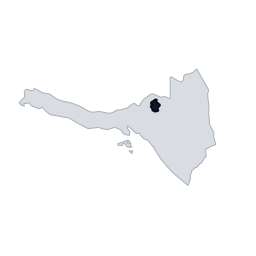 location of Areza, Debub, Eritrea, rotated 156°
{"feature_id": "51966322B88449484299376", "entity_name": "Areza", "entity_type": "district", "adm_level": 2, "iso_a3": "ERI", "parent_name": "Eritrea", "parent_adm1": "Debub", "projection": "orthographic", "projection_center": [38.502, 14.876], "detail": "fine", "context": "in_parent", "style": "filled", "palette": "ink", "viewbox_px": 256, "rotation_deg": 156, "n_neighbors": 0, "source": "geoboundaries", "source_scale": "gbopen_adm2", "svg_char_len": 4487}
<svg xmlns="http://www.w3.org/2000/svg" viewBox="0 0 256 256"><g transform="rotate(156 128 128)"><path d="M41.2,153.9L40.4,146.0L39.9,140.7L39.3,135.1L38.8,129.9L41.4,126.7L42.6,123.6L45.7,113.6L46.9,111.6L49.3,106.3L49.6,104.8L52.0,98.0L51.8,93.6L51.4,89.0L52.6,86.4L53.8,84.2L53.7,82.4L54.3,78.2L54.6,77.1L56.0,77.1L58.8,77.6L60.9,77.2L63.3,77.2L65.2,77.1L66.3,75.8L67.8,70.9L68.8,69.9L69.5,69.7L71.7,68.7L73.5,67.3L75.0,66.3L75.5,66.1L77.1,66.0L78.6,65.4L79.3,64.7L81.3,64.1L83.2,64.4L84.5,63.8L85.4,63.4L86.4,63.4L87.3,62.9L87.6,62.0L88.2,61.4L89.7,60.1L90.4,59.2L90.7,58.3L91.0,57.5L91.7,56.3L94.3,53.2L96.6,51.3L104.5,67.2L107.8,76.5L110.6,86.3L112.8,101.0L114.8,108.4L118.1,112.1L120.3,119.1L122.3,119.3L123.6,121.3L126.1,127.8L127.8,130.2L128.7,128.1L128.6,126.9L127.9,124.9L128.5,122.3L129.8,120.7L132.8,122.8L134.5,124.4L135.0,127.6L135.7,129.4L138.9,133.2L141.6,134.3L145.1,134.5L148.0,135.3L150.3,136.7L154.7,140.5L164.8,143.7L172.9,154.0L177.8,161.1L193.5,171.7L196.3,176.8L197.8,181.9L201.1,181.6L206.8,187.0L208.5,191.2L213.2,192.7L213.9,190.2L216.2,192.2L217.2,195.3L214.2,196.7L211.0,197.8L210.5,197.8L209.5,199.3L208.0,203.3L206.3,204.5L205.4,204.7L200.2,201.0L199.4,200.8L198.4,201.6L197.6,202.3L195.2,199.5L193.4,197.1L190.9,194.1L188.6,192.8L186.0,191.1L183.5,187.2L180.9,182.9L177.1,179.4L170.1,174.4L163.6,168.0L158.6,161.3L155.5,157.8L154.1,156.9L147.6,154.8L143.0,151.7L139.5,149.2L137.3,148.5L135.2,148.4L130.8,149.0L127.1,147.4L125.6,147.4L123.1,147.0L121.1,146.4L118.9,147.1L114.2,148.2L112.3,148.0L111.2,146.4L110.6,145.2L109.0,143.9L107.6,143.9L106.9,145.1L102.0,147.9L93.8,149.5L91.9,149.4L90.5,148.3L86.3,143.4L85.2,142.6L84.2,142.5L82.3,141.9L80.5,140.9L79.0,138.9L77.4,137.8L75.7,141.7L72.7,148.6L71.1,152.3L69.0,157.0L68.4,157.2L67.3,156.8L63.3,150.9L60.7,148.6L58.8,148.8L57.4,149.9L56.5,151.9L55.5,153.1L54.5,153.6L52.3,153.3L48.9,152.4L45.3,152.5L41.7,153.9L41.2,153.9ZM137.1,114.5L138.2,115.9L138.9,115.8L139.5,115.3L140.0,114.3L144.1,116.3L143.9,117.6L141.4,117.7L138.5,117.2L135.9,117.4L132.7,116.8L132.0,114.5L134.0,115.6L135.0,115.3L135.2,115.0L133.8,113.5L131.8,113.2L131.9,112.0L132.8,111.5L133.3,110.9L132.2,109.2L134.4,109.6L135.9,110.6L136.8,111.8L137.1,114.5ZM135.3,103.9L136.2,106.5L133.6,105.6L133.2,105.0L134.3,104.0L134.5,103.3L135.3,103.9Z" fill="#d9dde1" stroke="#a8b0b8" stroke-width="1"/><path d="M98.6,134.0L98.5,133.9L98.4,133.8L98.4,133.7L98.2,133.7L97.9,133.6L97.8,133.4L97.7,133.4L97.5,133.2L97.4,133.0L97.3,132.9L97.2,132.9L97.2,132.7L96.9,132.6L96.8,132.4L96.7,132.3L96.7,132.2L96.6,132.3L96.5,132.2L96.3,132.2L96.2,132.1L96.0,131.9L95.9,131.8L95.6,131.7L95.4,131.7L95.2,131.4L94.9,131.3L94.7,131.3L94.4,131.4L94.2,131.4L93.9,131.3L93.7,131.4L93.3,131.4L93.2,131.4L93.1,131.5L92.9,131.5L92.7,131.6L92.8,131.6L93.0,131.7L93.1,131.8L93.0,132.0L92.9,132.1L92.9,132.3L93.0,132.5L93.0,132.8L93.0,133.1L93.0,133.3L92.9,133.4L92.9,133.5L93.0,133.7L93.0,133.8L93.0,134.0L92.9,134.1L92.7,134.2L92.6,134.3L92.3,134.3L92.2,134.4L91.9,134.4L91.9,134.5L91.7,134.5L91.4,134.6L91.2,134.9L91.1,135.0L90.9,135.1L90.8,135.3L90.7,135.3L90.6,135.2L90.4,135.2L90.4,135.3L90.2,135.3L90.2,135.5L89.9,135.6L89.9,135.8L89.7,135.9L89.4,135.9L89.3,136.6L89.7,137.2L90.0,137.7L90.1,138.0L90.1,138.4L90.3,138.4L90.4,138.5L90.5,138.6L90.7,138.8L90.8,138.8L91.0,139.0L91.3,139.0L91.5,139.1L91.6,139.3L91.4,139.7L91.5,139.9L91.4,140.0L91.2,140.2L91.1,140.3L91.0,140.5L90.9,140.5L90.9,140.8L90.8,141.0L90.7,141.0L90.5,141.3L90.5,141.5L90.4,141.6L90.4,141.8L90.3,142.0L90.2,142.1L90.3,142.2L90.2,142.3L90.1,142.5L90.0,142.8L90.1,142.7L90.3,142.7L90.6,142.6L90.7,142.8L90.8,142.9L91.0,142.8L91.3,142.9L91.5,142.9L91.5,143.0L91.8,143.0L91.8,142.9L92.0,142.9L92.3,142.8L92.5,142.8L92.8,142.9L93.1,142.7L93.3,142.6L93.5,142.6L93.8,142.5L94.0,142.5L94.3,142.5L94.5,142.5L94.8,142.5L95.0,142.5L95.3,142.5L95.5,142.4L95.7,142.2L95.8,142.2L96.0,142.1L96.3,142.1L96.5,142.1L96.6,141.9L96.8,141.8L96.8,141.7L97.0,141.5L97.0,141.4L97.1,141.2L97.0,140.8L97.0,140.7L96.8,140.5L96.8,140.4L96.7,140.4L96.8,140.3L96.7,140.2L96.8,140.2L96.7,140.1L96.8,139.9L96.7,139.9L96.7,139.7L96.6,139.4L96.8,139.4L97.0,139.3L97.0,139.2L97.3,139.1L97.5,139.0L97.6,138.8L97.8,138.8L98.1,138.7L98.4,138.6L98.6,138.6L98.7,138.4L98.3,137.9L98.3,137.7L98.5,137.7L98.5,137.2L98.5,136.9L98.5,136.7L98.4,136.6L98.3,136.0L98.2,136.0L98.2,135.9L98.2,135.7L98.1,135.4L98.2,135.2L98.3,135.1L98.6,134.6L98.5,134.3L98.5,134.2L98.6,134.0Z" fill="#0f172a" stroke="#020617" stroke-width="1.5"/></g></svg>